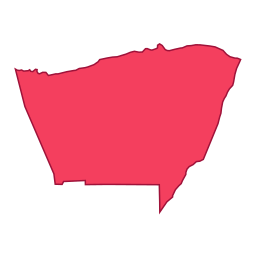 Gagaifomauga I, Samoa (Mercator projection)
{"feature_id": "51752279B82418493782351", "entity_name": "Gagaifomauga I", "entity_type": "district", "adm_level": 2, "iso_a3": "WSM", "parent_name": "Samoa", "parent_adm1": "", "projection": "mercator", "projection_center": [-172.391, -13.461], "detail": "fine", "context": "isolated", "style": "filled", "palette": "rose", "viewbox_px": 256, "rotation_deg": 0, "n_neighbors": 0, "source": "geoboundaries", "source_scale": "gbopen_adm2", "svg_char_len": 1284}
<svg xmlns="http://www.w3.org/2000/svg" viewBox="0 0 256 256"><path d="M240.6,59.5L237.4,58.2L234.9,58.1L229.9,56.7L226.6,54.4L223.0,50.4L215.1,46.9L209.8,46.0L200.2,44.9L195.8,44.8L191.2,45.6L187.0,45.9L182.3,47.9L180.7,48.0L174.8,49.3L169.3,50.7L167.1,50.5L165.2,49.6L162.2,45.5L159.6,43.9L157.6,45.2L157.5,47.9L156.1,48.7L152.0,50.1L150.5,49.9L147.2,48.6L145.5,48.7L142.4,52.0L139.0,52.2L134.4,51.3L130.4,52.3L126.1,54.1L117.1,56.8L112.5,57.1L107.2,58.0L99.7,59.6L98.1,61.8L93.9,64.7L87.7,67.0L85.0,67.7L79.2,68.5L75.8,70.3L73.9,70.5L66.9,71.7L58.0,73.9L55.6,73.9L48.4,75.5L45.9,72.4L42.8,72.3L39.5,73.8L38.1,73.4L36.9,71.4L37.1,69.6L35.5,69.3L32.8,71.6L30.6,71.3L29.7,69.8L28.2,70.7L23.7,71.1L21.5,70.0L19.4,70.5L17.3,70.2L15.4,69.1L24.9,106.5L53.9,173.8L55.2,184.2L62.1,184.4L63.6,181.5L85.3,180.5L85.4,184.6L104.1,184.4L112.7,184.4L159.3,184.7L159.7,202.0L159.8,212.1L166.9,201.8L172.6,197.0L172.6,195.6L175.4,189.7L178.9,185.7L181.2,183.6L182.4,180.7L185.8,174.5L185.9,172.3L187.0,169.1L189.2,166.6L193.1,164.6L196.4,161.6L199.8,161.2L203.3,159.4L218.0,123.6L219.7,116.9L220.9,113.3L221.5,108.1L222.7,101.9L224.3,98.4L225.9,96.0L227.5,92.1L229.4,88.9L232.7,85.3L233.6,81.9L234.9,74.4L236.6,68.4L239.6,61.9L240.6,59.5Z" fill="#f43f5e" stroke="#9f1239" stroke-width="1.5"/></svg>